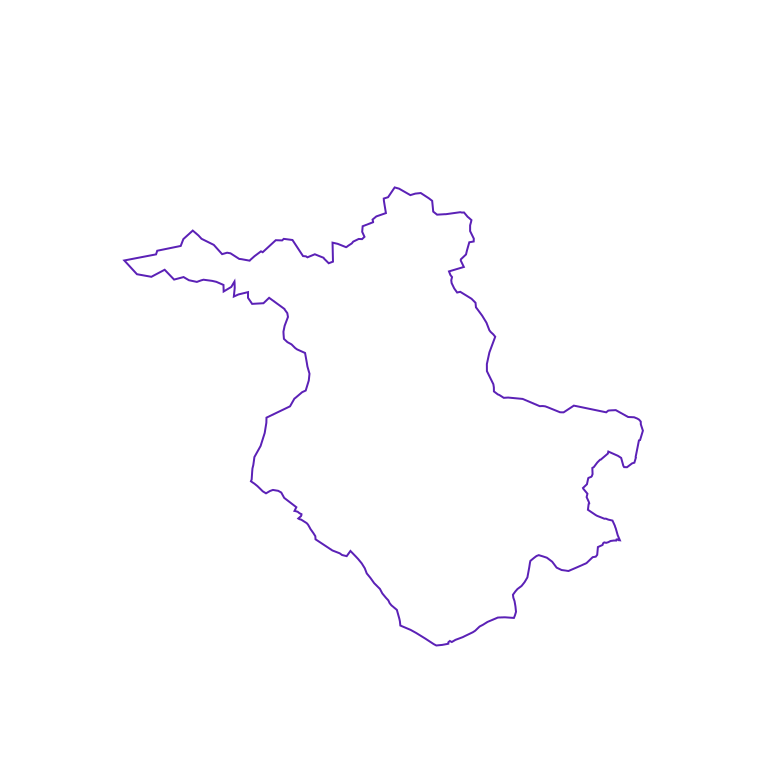 outline of Kubau, Kaduna, Nigeria, rotated 126°
{"feature_id": "59680162B90439441381954", "entity_name": "Kubau", "entity_type": "district", "adm_level": 2, "iso_a3": "NGA", "parent_name": "Nigeria", "parent_adm1": "Kaduna", "projection": "robinson", "projection_center": [8.343, 10.814], "detail": "fine", "context": "isolated", "style": "outline", "palette": "violet", "viewbox_px": 768, "rotation_deg": 126, "n_neighbors": 0, "source": "geoboundaries", "source_scale": "gbopen_adm2", "svg_char_len": 4762}
<svg xmlns="http://www.w3.org/2000/svg" viewBox="0 0 768 768"><g transform="rotate(126 384 384)"><path d="M480.3,459.3L484.5,456.4L493.8,451.7L506.7,447.4L519.3,445.9L522.8,444.0L526.4,442.1L529.6,440.8L532.1,439.3L539.1,434.9L540.9,434.5L540.9,432.9L540.8,430.3L541.0,426.4L541.5,422.9L542.1,419.0L541.8,415.2L537.5,413.3L535.0,411.6L532.6,406.8L532.2,403.3L534.8,397.8L535.2,382.5L539.3,381.8L538.7,380.5L538.5,379.8L538.2,379.1L538.1,378.8L538.2,376.9L538.1,375.6L537.8,374.3L538.1,374.1L538.3,373.9L538.8,373.7L539.8,373.5L540.1,373.6L541.5,373.9L543.2,374.3L543.2,374.2L543.0,372.8L542.4,371.2L542.0,364.8L542.4,362.9L543.5,360.4L544.6,358.1L546.1,353.6L547.5,350.1L549.9,348.1L549.0,327.9L547.0,320.3L547.0,317.4L545.2,313.0L538.8,313.0L540.1,305.6L540.8,302.0L542.2,296.6L544.4,291.2L547.4,286.6L548.8,281.2L550.9,274.9L552.2,266.8L554.4,262.3L555.8,256.9L556.5,253.3L558.0,250.6L558.7,247.9L559.2,240.8L564.9,233.6L566.6,231.7L569.8,228.8L567.3,218.0L566.5,211.6L566.2,207.6L565.7,201.0L565.2,190.8L564.8,188.0L560.9,183.6L556.9,179.8L556.3,179.3L555.4,180.0L554.8,180.1L554.3,180.0L553.6,179.6L553.2,179.6L552.9,177.5L552.7,177.4L549.0,175.8L542.5,171.5L540.2,170.3L532.6,166.2L530.0,165.2L524.0,164.1L520.8,162.5L515.6,160.4L506.0,154.6L501.7,149.1L496.9,141.4L494.1,142.1L490.7,143.3L486.6,147.0L482.9,150.8L480.9,153.7L478.7,155.8L474.6,155.8L471.3,155.5L466.5,154.0L461.7,153.8L456.2,154.3L447.0,158.7L442.5,161.0L441.0,161.6L436.4,160.4L433.5,159.5L431.5,158.2L430.0,153.9L428.8,150.1L428.9,143.5L431.1,136.4L430.1,131.0L426.9,124.9L420.4,121.0L416.3,118.6L409.9,114.9L401.5,113.4L399.2,111.2L396.9,111.1L390.2,115.1L385.8,112.6L384.0,113.1L382.7,112.7L381.9,110.9L380.2,109.6L377.8,108.4L375.4,105.9L374.1,104.1L373.1,104.5L372.4,103.7L372.5,102.5L371.8,101.3L369.0,106.0L364.6,111.6L363.8,112.9L363.0,113.9L361.3,116.9L360.2,118.9L361.9,122.9L362.5,125.3L363.5,126.6L364.0,128.7L365.4,134.1L365.6,135.8L365.6,136.2L365.9,145.1L360.8,147.9L360.1,147.7L359.9,147.9L359.4,148.4L358.5,149.9L356.4,153.6L353.2,154.9L351.6,161.2L351.2,161.9L345.8,160.9L340.4,163.3L339.8,163.4L337.3,161.8L336.5,161.7L334.3,162.3L329.5,166.1L327.8,165.4L322.1,165.3L318.3,164.7L317.8,164.2L308.7,162.0L306.8,162.8L304.6,152.5L304.4,148.7L309.1,142.8L309.4,142.5L310.1,140.9L308.5,138.5L302.3,136.6L300.5,135.2L295.4,137.0L295.2,137.5L286.5,141.5L279.8,144.6L278.8,143.9L269.6,147.1L265.7,152.5L263.5,154.2L262.9,156.7L263.1,158.8L263.9,162.1L267.2,167.1L268.9,181.1L272.5,185.6L273.7,186.9L276.3,187.6L288.8,215.3L289.2,216.1L289.9,217.7L301.3,222.0L302.0,222.9L303.4,225.0L306.6,237.9L307.3,240.4L308.5,242.6L310.4,245.0L314.6,263.1L322.0,275.6L324.8,279.0L325.1,284.2L325.5,285.7L325.4,290.7L322.2,293.1L319.9,295.4L313.1,308.3L307.4,312.5L296.5,317.3L280.4,321.8L279.6,324.8L279.2,328.3L278.6,330.3L274.2,337.1L271.0,344.8L268.0,354.3L268.0,354.6L264.5,357.7L263.6,363.3L263.9,367.5L264.6,376.5L267.0,378.6L265.4,383.4L262.6,388.6L260.5,390.6L257.5,391.8L256.8,394.3L254.7,397.6L242.4,388.2L239.0,394.5L238.0,395.1L231.0,393.8L227.4,395.3L219.2,398.3L218.4,397.5L216.0,395.2L213.6,396.8L209.7,404.2L205.0,407.6L201.8,408.8L200.0,409.6L199.6,413.7L199.6,414.5L198.3,419.7L198.2,420.1L199.5,421.7L200.2,423.3L210.4,433.9L211.2,435.0L215.8,440.6L215.6,445.5L207.5,452.7L207.4,457.0L207.9,466.5L211.6,470.6L215.7,473.7L216.3,479.2L217.0,485.6L217.1,486.6L218.7,490.9L230.5,490.5L234.1,493.2L235.7,491.9L239.4,488.2L244.6,482.9L252.9,488.7L257.7,489.9L258.6,488.8L258.7,488.7L259.3,488.0L259.5,487.9L268.9,494.0L273.7,491.1L276.4,486.3L279.7,486.9L281.5,489.7L286.9,492.6L289.2,492.7L293.1,494.2L294.8,494.7L295.6,495.1L297.7,503.4L297.8,503.8L299.9,508.7L303.7,505.8L315.0,497.2L318.8,499.7L317.8,506.1L317.4,507.1L318.4,511.0L319.7,516.2L326.5,520.4L326.6,522.2L328.1,524.7L321.3,542.7L325.5,550.4L327.7,550.8L331.3,556.1L348.7,559.6L349.0,561.5L356.7,563.9L362.2,565.1L363.2,565.2L366.8,572.7L367.7,574.3L367.9,574.6L368.5,585.0L370.0,588.1L374.1,591.3L371.5,603.5L373.8,617.1L373.7,617.3L372.9,621.4L372.3,628.9L384.7,631.5L391.8,629.6L409.5,645.8L413.1,644.6L427.5,658.1L436.7,666.7L440.4,648.4L434.0,635.2L431.5,634.0L420.5,628.6L422.9,615.2L415.3,609.0L414.7,602.8L411.4,595.4L407.7,592.9L405.7,591.3L404.8,589.6L401.6,583.7L399.9,579.7L398.2,572.1L402.1,569.1L403.4,568.1L395.2,564.6L391.2,565.0L389.0,565.2L389.8,564.5L394.1,561.2L401.5,556.9L397.1,554.4L389.6,548.0L394.2,544.7L396.7,537.8L389.5,529.0L381.8,527.6L381.8,508.6L382.1,508.3L383.5,503.9L386.2,501.1L395.3,498.6L400.8,496.1L402.9,494.4L406.3,491.5L406.9,486.8L406.3,482.1L407.1,477.1L407.1,474.7L405.3,466.1L412.3,458.8L414.8,456.3L417.0,453.5L419.5,450.3L425.4,446.9L435.3,443.5L438.7,445.4L447.7,447.6L448.4,447.9L457.3,446.9L480.3,459.3Z" fill="none" stroke="#5b21b6" stroke-width="2"/></g></svg>